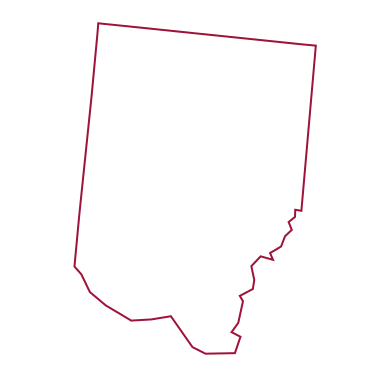 outline of Lawrence, Alabama, United States of America, rotated 185°
{"feature_id": "52423323B9408482102272", "entity_name": "Lawrence", "entity_type": "district", "adm_level": 2, "iso_a3": "USA", "parent_name": "United States of America", "parent_adm1": "Alabama", "projection": "mercator", "projection_center": [-87.362, 34.552], "detail": "fine", "context": "isolated", "style": "outline", "palette": "rose", "viewbox_px": 384, "rotation_deg": 185, "n_neighbors": 0, "source": "geoboundaries", "source_scale": "gbopen_adm2", "svg_char_len": 575}
<svg xmlns="http://www.w3.org/2000/svg" viewBox="0 0 384 384"><g transform="rotate(185 192 192)"><path d="M81.4,348.6L97.8,348.7L300.1,351.9L300.0,342.8L300.4,278.4L302.0,178.2L302.3,158.4L302.6,107.5L295.1,100.4L285.0,83.4L268.0,71.5L241.3,58.6L221.5,61.5L202.2,66.4L178.0,37.5L164.5,32.1L135.2,35.2L131.1,52.0L140.4,55.8L134.5,65.7L131.7,87.6L135.3,92.7L122.9,100.7L122.3,109.8L126.4,123.3L118.0,133.9L105.4,131.5L108.9,138.0L98.5,145.5L95.5,156.0L89.3,163.0L93.1,170.5L87.2,176.2L87.6,183.3L81.4,182.8L81.4,348.6Z" fill="none" stroke="#9f1239" stroke-width="2"/></g></svg>